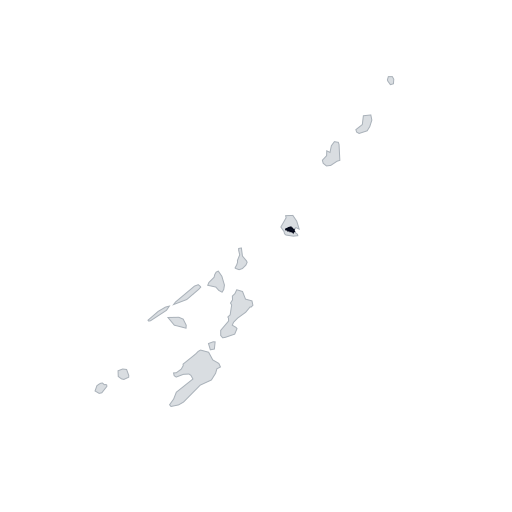 Mele, Shefa, Vanuatu shown in context, rotated 241°
{"feature_id": "77236927B59461179812420", "entity_name": "Mele", "entity_type": "district", "adm_level": 2, "iso_a3": "VUT", "parent_name": "Vanuatu", "parent_adm1": "Shefa", "projection": "robinson", "projection_center": [168.323, -17.649], "detail": "fine", "context": "in_parent", "style": "filled", "palette": "ink", "viewbox_px": 512, "rotation_deg": 241, "n_neighbors": 0, "source": "geoboundaries", "source_scale": "gbopen_adm2", "svg_char_len": 4030}
<svg xmlns="http://www.w3.org/2000/svg" viewBox="0 0 512 512"><g transform="rotate(241 256 256)"><path d="M175.5,120.3L179.0,141.2L183.2,141.2L185.3,140.1L187.7,135.2L188.8,127.5L191.0,126.4L193.7,127.2L192.5,129.7L193.3,135.8L195.4,139.2L196.8,139.8L199.6,155.9L200.6,159.2L200.6,161.9L194.8,167.9L186.1,167.8L180.0,171.4L176.2,171.1L176.3,167.1L173.0,163.8L169.2,156.9L170.1,144.6L163.4,121.8L163.3,116.1L165.6,108.7L167.8,108.3L170.8,114.6L175.5,120.3ZM212.4,200.5L214.9,201.8L216.3,201.8L217.1,204.9L225.0,211.0L227.2,210.9L229.0,214.2L232.4,215.9L233.3,219.3L235.8,222.8L231.5,227.0L223.4,225.9L218.7,230.7L214.4,229.4L213.7,226.9L214.3,226.1L211.8,219.7L210.6,209.9L208.9,204.2L207.0,201.7L203.2,203.9L201.7,204.2L198.0,199.5L199.7,189.9L200.6,187.2L203.6,186.6L208.1,189.1L212.4,200.5ZM318.0,380.0L315.5,383.1L313.3,382.7L299.0,375.7L299.6,372.8L299.0,365.3L300.6,361.3L304.5,359.7L307.6,360.5L309.5,366.4L313.7,368.9L310.7,370.9L315.9,375.4L318.0,380.0ZM269.3,291.8L274.8,300.8L276.9,301.5L273.6,307.9L266.7,308.5L258.6,306.8L261.6,304.6L260.1,302.1L257.6,301.6L254.8,302.8L253.5,302.4L255.3,298.2L259.8,292.4L261.1,291.9L262.4,291.9L263.5,292.4L269.3,291.8ZM261.1,215.7L254.8,216.3L245.9,214.3L242.4,211.6L240.8,208.8L243.9,206.8L248.3,205.8L253.8,199.6L255.7,202.0L257.7,209.0L259.9,211.1L261.2,213.3L261.1,215.7ZM326.6,417.9L323.7,424.8L318.7,423.2L314.0,418.2L311.6,413.9L313.2,405.6L315.6,404.1L318.1,404.6L319.4,412.7L326.6,417.9ZM256.5,192.5L255.6,192.6L254.6,189.7L251.5,174.3L253.5,160.4L254.8,163.4L259.5,187.6L258.9,191.6L256.5,192.5ZM269.4,243.6L271.0,244.5L270.1,247.1L262.5,244.1L256.4,245.3L254.8,245.2L252.9,242.7L251.6,238.0L252.2,234.6L254.8,232.3L255.7,231.9L257.6,234.8L259.4,236.8L261.1,237.6L264.9,242.3L269.4,243.6ZM239.8,158.8L236.1,161.7L229.3,161.4L226.8,159.8L235.1,151.0L244.9,149.2L239.8,158.8ZM221.8,84.6L219.5,87.8L213.2,86.8L211.7,85.9L212.1,80.6L213.7,78.8L217.4,77.1L222.5,79.7L221.8,84.6ZM216.4,62.3L215.6,62.9L214.3,62.4L211.1,54.8L211.9,52.2L216.0,49.8L219.7,54.0L220.0,56.4L220.0,58.4L219.4,60.1L217.0,60.9L216.4,62.3ZM255.2,152.0L254.2,155.9L251.9,151.4L250.5,132.3L251.1,130.6L252.2,130.4L255.0,143.7L255.2,152.0ZM348.7,458.7L346.8,462.2L343.8,462.2L340.0,459.7L340.7,456.6L345.0,456.1L346.3,456.3L348.7,458.7ZM201.7,177.0L200.7,178.6L194.8,174.5L196.1,170.6L202.5,172.0L201.7,177.0Z" fill="#d9dde1" stroke="#a8b0b8" stroke-width="1"/><path d="M264.9,296.9L264.8,296.7L264.9,296.4L264.9,296.1L265.0,295.9L265.0,295.7L265.1,295.3L265.0,295.2L264.9,295.2L264.7,294.9L264.4,294.9L264.3,295.0L264.2,295.3L264.2,295.5L264.0,295.8L263.9,295.8L263.8,296.0L263.7,296.1L263.6,296.3L263.4,296.4L263.2,296.3L262.9,296.3L262.8,296.2L262.7,296.2L262.4,296.2L262.4,296.3L262.5,296.4L262.5,296.5L262.5,296.8L262.5,297.0L262.4,297.1L262.3,297.3L262.5,297.3L262.5,297.5L262.4,297.5L262.2,297.5L261.9,297.7L261.7,297.7L261.5,297.8L261.5,298.0L261.4,298.1L261.3,298.3L261.2,298.2L261.2,298.3L261.0,298.5L260.9,298.5L261.0,298.7L261.0,298.8L260.9,298.9L260.7,298.9L260.5,298.7L260.4,298.7L260.4,298.8L260.4,299.0L260.2,299.1L259.9,299.2L259.9,299.3L259.7,299.4L259.6,299.5L259.4,299.6L259.2,299.7L259.1,299.8L258.9,299.9L258.7,299.9L258.8,300.0L258.7,300.1L258.7,300.4L259.0,300.8L259.4,301.1L259.5,301.2L259.5,301.3L259.4,301.4L259.5,301.4L259.8,301.4L260.0,301.5L260.3,301.7L260.4,301.8L260.6,302.0L260.8,302.0L260.8,301.9L261.0,301.7L261.1,301.4L261.0,301.2L261.1,301.3L261.3,301.3L261.5,301.2L261.8,301.1L262.0,301.1L262.0,300.9L262.3,300.8L262.5,300.9L262.6,301.0L262.8,301.1L263.0,300.9L263.0,300.6L263.1,300.4L263.3,300.3L263.3,300.2L263.5,300.3L263.6,300.2L263.8,300.3L264.0,300.4L264.0,300.5L264.3,300.5L264.3,300.4L264.4,300.2L264.4,299.8L264.3,299.7L264.5,299.5L264.5,299.4L264.7,299.2L264.7,298.9L264.6,298.7L264.8,298.6L264.9,298.4L264.9,298.2L264.8,297.9L264.7,297.9L264.8,297.8L264.8,297.7L264.7,297.6L264.8,297.5L264.8,297.4L264.8,297.5L264.8,297.4L264.9,297.2L264.9,296.9ZM259.2,301.5L259.3,301.6L259.2,301.5L259.2,301.5Z" fill="#0f172a" stroke="#020617" stroke-width="1.5"/></g></svg>